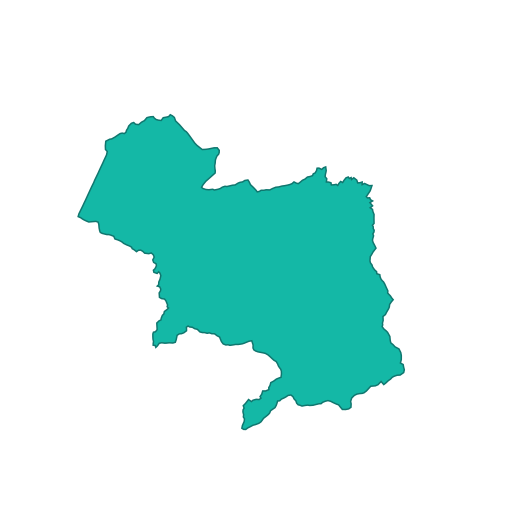 the district of Palmeira, Paraná, Brazil, rotated 235°
{"feature_id": "56859067B23664287771885", "entity_name": "Palmeira", "entity_type": "district", "adm_level": 2, "iso_a3": "BRA", "parent_name": "Brazil", "parent_adm1": "Paraná", "projection": "robinson", "projection_center": [-50.067, -25.452], "detail": "fine", "context": "isolated", "style": "filled", "palette": "teal", "viewbox_px": 512, "rotation_deg": 235, "n_neighbors": 0, "source": "geoboundaries", "source_scale": "gbopen_adm2", "svg_char_len": 6123}
<svg xmlns="http://www.w3.org/2000/svg" viewBox="0 0 512 512"><g transform="rotate(235 256 256)"><path d="M429.6,193.8L426.9,194.1L424.5,191.5L421.6,186.4L419.9,183.6L418.6,181.3L417.4,179.2L415.7,176.3L414.5,174.3L412.1,170.0L410.6,167.3L409.1,165.0L408.2,163.3L406.7,160.6L403.6,155.3L402.5,153.4L399.5,148.3L398.0,145.6L396.7,143.4L395.2,140.7L394.1,138.7L392.1,135.1L390.3,132.9L388.0,134.3L385.8,135.1L384.3,135.8L382.0,137.1L379.8,138.5L378.2,141.3L376.2,144.7L374.3,146.1L372.1,145.4L369.0,143.6L366.3,142.4L364.6,142.0L362.7,143.0L359.1,146.1L358.0,147.7L356.6,148.9L353.7,150.8L350.9,150.2L348.4,152.1L346.1,153.5L344.0,154.4L342.3,154.8L339.2,156.5L336.8,158.1L334.7,159.1L333.0,158.8L330.9,159.8L328.1,160.6L328.1,163.0L327.0,164.9L324.6,166.0L322.2,166.4L319.4,169.5L318.6,171.9L316.1,172.6L313.5,172.0L312.0,169.2L309.5,168.5L306.9,169.7L305.0,168.7L303.5,165.9L303.2,163.8L301.2,163.0L298.4,165.0L298.9,167.2L297.1,167.5L294.5,166.8L292.0,164.0L290.4,161.4L288.3,159.8L288.0,157.9L286.0,159.4L283.5,159.0L282.2,157.7L281.3,155.5L277.5,153.2L275.3,154.2L273.2,156.4L270.9,156.5L268.7,156.0L266.6,155.5L265.4,154.1L263.6,154.5L263.2,152.5L263.1,149.1L261.4,147.3L261.1,145.3L259.4,142.7L258.1,141.4L258.5,139.5L258.0,136.3L255.3,134.6L252.4,132.8L251.6,130.2L252.4,128.3L251.3,126.8L249.0,125.2L246.9,123.9L244.7,123.0L243.4,121.7L241.9,120.6L240.5,122.1L238.6,121.5L238.9,123.6L240.0,126.7L239.0,129.0L236.9,131.3L235.9,132.9L234.7,135.1L232.4,138.0L231.6,140.4L233.2,142.6L236.3,145.9L236.2,148.6L235.1,150.4L234.5,152.8L234.6,156.2L236.0,157.2L237.6,158.1L237.6,160.2L236.0,160.9L234.1,163.0L231.6,164.1L229.6,165.9L226.0,166.5L224.0,168.2L222.7,170.0L220.7,171.7L219.8,173.7L217.7,175.2L216.1,177.4L213.0,178.4L210.5,179.7L208.0,179.1L205.7,178.6L202.8,178.7L200.4,180.3L199.4,182.1L197.8,183.4L196.4,186.1L195.2,188.7L193.8,190.6L192.0,194.2L191.4,196.1L190.8,198.8L190.2,201.4L189.0,203.9L184.8,202.6L182.4,200.8L180.4,200.4L178.4,201.2L176.4,202.6L173.1,205.8L170.9,207.8L168.2,209.1L165.4,209.8L162.9,210.3L160.3,210.9L158.0,212.0L155.1,211.8L153.2,211.3L151.2,211.2L149.1,211.3L147.1,210.7L144.8,209.2L142.3,206.9L143.0,204.4L143.5,202.1L143.4,198.5L143.8,195.5L141.9,193.2L140.9,191.0L139.2,189.9L139.9,186.5L141.6,184.1L139.5,181.4L138.5,178.7L136.7,178.5L136.6,176.3L138.5,173.9L139.6,170.8L139.4,168.7L142.7,167.6L141.2,162.6L140.7,159.7L138.2,159.0L137.4,157.2L135.8,155.9L133.0,154.8L131.4,153.3L129.3,153.2L127.3,151.5L124.9,147.6L123.0,145.6L121.1,146.4L119.8,148.1L119.9,150.6L119.4,153.9L119.1,156.5L118.2,158.9L117.3,162.4L117.3,164.9L117.9,166.8L118.7,169.1L118.9,172.8L119.1,175.3L119.6,177.2L120.9,179.2L120.9,181.7L120.9,184.6L122.0,186.8L123.2,188.5L124.8,190.5L123.8,192.4L124.2,194.7L123.6,197.9L123.4,200.1L123.4,202.3L122.1,204.9L119.5,205.6L116.9,205.2L114.6,205.6L112.1,204.9L109.9,205.2L108.6,206.4L106.7,207.6L105.5,210.3L104.2,212.8L102.8,214.2L101.0,217.2L99.8,220.4L98.8,222.9L97.7,224.6L97.9,226.7L97.3,229.4L96.3,232.0L94.2,233.8L91.7,235.1L88.5,237.0L86.7,238.3L84.3,238.4L80.8,238.7L78.9,241.3L77.6,244.2L77.6,247.0L80.3,249.1L82.6,250.1L84.8,253.0L85.4,256.6L85.0,259.4L83.9,261.9L82.6,264.1L82.0,265.9L82.1,269.0L83.5,275.3L81.2,279.3L80.6,282.1L81.0,284.1L81.4,286.5L79.4,286.7L77.4,286.9L77.5,289.4L78.0,292.9L78.0,295.6L78.5,297.9L78.3,300.0L77.4,303.2L75.8,305.8L75.8,307.9L75.8,310.1L77.7,312.2L80.3,313.2L82.7,314.3L85.5,312.9L87.8,315.6L91.2,318.0L93.9,319.2L97.9,319.8L101.8,317.8L104.8,317.4L107.6,316.6L110.2,317.7L113.3,319.5L118.0,320.0L120.3,319.6L122.8,318.9L125.8,318.8L126.9,320.3L128.4,321.0L130.3,323.2L133.6,325.3L133.8,328.4L135.0,330.6L136.8,334.5L137.8,336.0L139.7,337.7L140.8,340.6L141.5,343.3L143.8,343.1L146.1,343.2L150.1,342.6L151.8,344.0L155.8,344.7L159.3,345.4L161.7,345.6L163.6,345.2L165.8,345.2L167.9,345.8L169.7,346.7L172.2,344.8L174.0,345.8L176.7,345.2L180.1,345.2L182.2,345.9L184.6,345.8L186.6,346.5L188.4,348.0L189.9,349.2L190.9,351.6L192.0,353.8L192.8,356.2L193.6,358.8L196.8,359.3L200.0,359.7L202.2,360.5L203.6,362.0L205.1,363.9L207.1,364.4L208.0,366.4L209.4,367.6L211.1,367.7L212.7,368.8L214.4,369.0L215.0,371.4L219.6,374.5L222.3,376.5L225.5,377.3L227.4,378.2L230.0,377.2L230.2,380.3L234.4,379.9L234.2,383.1L236.4,382.1L238.5,382.5L239.6,380.6L241.4,380.4L242.4,383.1L243.9,386.9L245.1,388.6L247.2,391.4L248.7,389.1L253.2,386.5L253.6,383.9L255.7,385.4L256.4,383.1L257.6,381.2L260.3,382.1L264.0,381.0L263.9,378.1L265.7,378.9L266.0,376.9L267.8,376.9L268.4,374.5L267.5,371.5L266.5,369.1L268.5,368.1L267.9,365.6L266.9,363.4L268.7,362.8L269.6,360.7L271.0,358.5L273.0,359.4L274.9,357.9L276.3,356.1L278.7,358.3L281.3,358.1L283.1,359.7L284.5,361.3L285.7,362.5L289.0,364.2L289.6,361.9L289.2,359.5L291.9,358.0L292.9,356.4L291.2,354.5L290.1,352.0L290.5,350.1L289.4,348.4L290.1,345.9L291.2,343.4L290.9,340.2L291.4,337.5L291.1,334.6L291.0,332.2L292.4,330.9L294.9,329.6L294.6,327.0L295.2,324.5L296.0,322.4L297.2,319.7L298.4,317.4L299.5,314.3L301.0,311.6L301.8,308.2L302.2,305.2L304.4,302.3L305.3,300.2L306.9,297.9L307.0,295.8L307.8,293.8L310.2,293.7L313.6,293.2L317.6,292.4L320.5,292.9L322.9,293.0L324.3,290.1L324.4,287.5L325.5,285.2L326.0,283.1L326.2,279.6L327.5,277.3L328.6,274.5L329.6,272.0L330.9,270.6L331.7,267.9L331.8,265.3L332.4,263.3L333.9,259.8L335.5,258.8L337.3,255.4L339.3,253.0L341.8,251.2L343.5,250.8L344.8,253.6L346.0,257.8L346.4,261.4L346.9,265.7L347.4,270.1L349.0,271.4L351.2,272.5L353.6,273.9L355.6,275.9L358.0,277.9L359.5,280.0L360.4,281.6L360.8,283.7L361.9,285.2L363.7,286.5L366.9,286.3L368.7,283.6L371.0,278.3L372.2,276.0L374.1,273.0L378.8,271.6L380.4,271.1L383.5,270.6L392.6,270.5L395.8,270.4L397.7,270.2L399.9,269.4L403.7,269.0L407.5,268.6L412.8,267.6L416.3,268.6L418.8,267.9L420.9,266.8L420.3,264.4L421.1,262.4L422.5,259.3L421.4,256.1L423.2,254.0L425.2,252.4L427.4,251.8L429.1,251.8L430.4,249.7L431.2,247.9L431.9,246.0L430.9,242.2L431.3,238.9L430.9,235.3L433.0,232.9L435.5,232.4L436.2,230.0L435.5,226.3L434.0,224.0L433.3,222.1L432.0,220.5L431.8,218.4L433.4,216.9L434.2,215.0L434.3,212.7L434.3,208.8L434.7,204.9L435.6,203.1L436.2,198.8L432.7,195.8L429.6,193.8Z" fill="#14b8a6" stroke="#0f766e" stroke-width="1.5"/></g></svg>